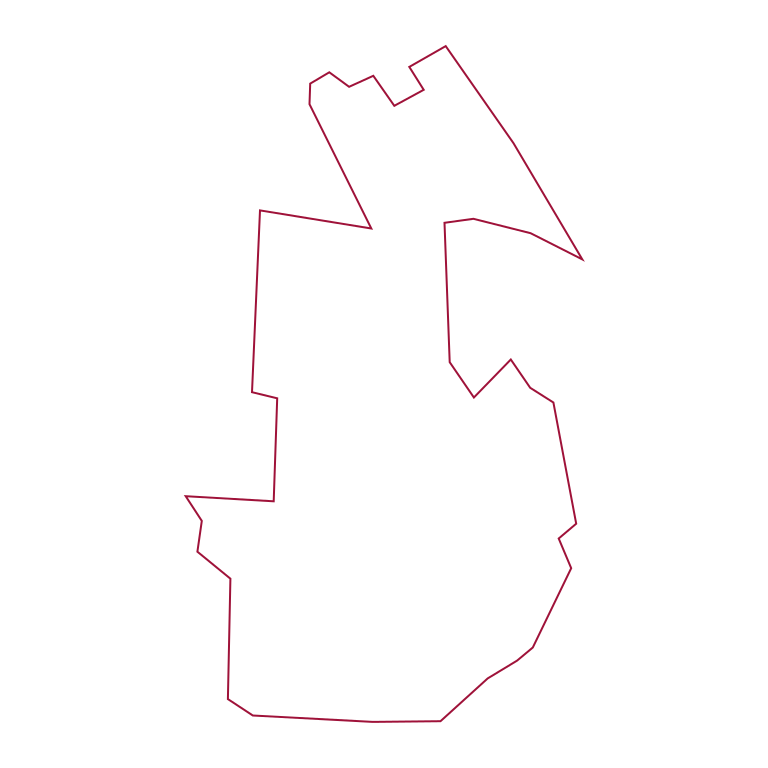 the district of Arnasay, Jizzakh, Uzbekistan
{"feature_id": "79887680B99021392156444", "entity_name": "Arnasay", "entity_type": "district", "adm_level": 2, "iso_a3": "UZB", "parent_name": "Uzbekistan", "parent_adm1": "Jizzakh", "projection": "equal_earth", "projection_center": [67.818, 40.546], "detail": "fine", "context": "isolated", "style": "outline", "palette": "rose", "viewbox_px": 768, "rotation_deg": 0, "n_neighbors": 0, "source": "geoboundaries", "source_scale": "gbopen_adm2", "svg_char_len": 588}
<svg xmlns="http://www.w3.org/2000/svg" viewBox="0 0 768 768"><path d="M227.9,699.1L252.8,715.5L372.8,721.9L440.5,721.2L487.7,678.4L517.1,660.6L532.8,647.5L571.2,568.2L558.7,538.5L576.2,523.7L553.4,402.5L530.2,387.8L510.8,359.5L473.9,397.5L449.7,362.2L444.5,222.8L473.4,218.8L530.6,233.2L582.3,259.4L513.5,143.2L445.7,46.1L409.3,66.9L423.7,89.8L394.3,105.8L373.3,75.8L349.1,86.8L329.3,72.3L310.2,83.6L309.5,104.2L371.3,228.5L260.0,210.4L252.0,392.2L277.2,398.3L273.7,501.3L185.7,496.2L201.8,520.9L197.4,551.7L230.4,578.7L227.9,699.1Z" fill="none" stroke="#9f1239" stroke-width="2"/></svg>